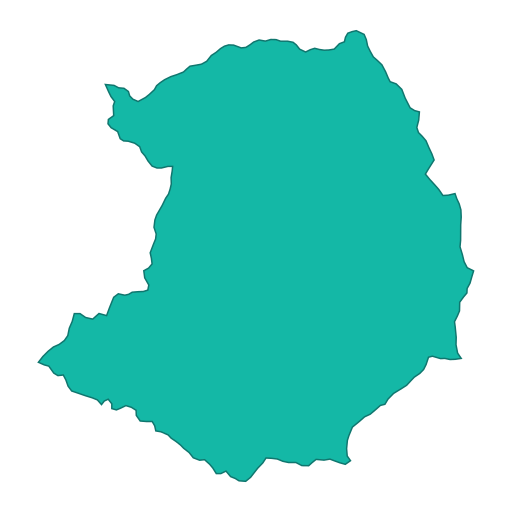 outline of Bebedouro, São Paulo, Brazil
{"feature_id": "56859067B9954918169852", "entity_name": "Bebedouro", "entity_type": "district", "adm_level": 2, "iso_a3": "BRA", "parent_name": "Brazil", "parent_adm1": "São Paulo", "projection": "albers", "projection_center": [-48.528, -20.939], "detail": "fine", "context": "isolated", "style": "filled", "palette": "teal", "viewbox_px": 512, "rotation_deg": 0, "n_neighbors": 0, "source": "geoboundaries", "source_scale": "gbopen_adm2", "svg_char_len": 3312}
<svg xmlns="http://www.w3.org/2000/svg" viewBox="0 0 512 512"><path d="M364.1,34.4L356.3,30.7L352.2,31.6L347.8,33.2L345.5,37.2L344.4,41.8L339.4,43.7L334.2,49.1L328.8,50.0L324.2,50.2L319.4,49.5L314.7,48.3L310.3,49.7L305.6,52.0L299.7,49.2L296.3,44.9L293.1,42.3L287.6,41.2L280.6,41.2L276.0,39.6L270.8,39.5L265.4,41.1L259.1,40.0L253.7,42.0L250.0,44.8L245.9,47.4L241.2,47.9L233.6,45.1L228.7,44.9L224.4,46.2L220.5,48.6L216.2,52.3L211.3,55.5L206.7,61.3L201.4,64.2L196.5,65.1L190.0,66.2L186.7,69.0L183.5,72.0L176.7,74.7L170.9,76.6L164.6,79.7L160.2,82.7L156.6,85.7L154.4,89.7L149.0,94.7L145.5,97.5L138.1,101.5L132.9,99.2L129.7,95.9L128.4,91.5L124.0,88.3L118.6,87.8L114.1,85.4L105.4,84.5L108.7,91.9L111.0,96.6L114.7,101.5L113.2,105.9L113.7,115.6L108.4,119.4L108.0,123.8L111.1,127.7L117.7,131.6L120.2,138.7L123.6,140.9L128.2,141.2L134.7,143.2L139.7,146.7L141.6,151.9L145.1,156.0L148.1,161.1L152.1,166.1L157.0,168.0L161.4,168.0L167.9,166.4L172.6,166.4L172.2,171.0L171.1,177.6L171.3,184.0L170.1,189.2L168.5,194.1L165.7,198.2L162.2,205.4L156.6,215.1L154.9,220.0L154.0,227.3L156.2,234.0L155.6,239.0L153.4,244.4L150.2,252.8L151.4,258.3L152.1,263.9L148.6,268.1L143.8,270.7L144.7,277.8L148.8,285.0L147.8,290.1L143.4,291.5L138.2,291.7L132.2,292.2L128.7,294.3L124.8,295.2L118.3,293.8L113.7,297.3L112.0,301.5L109.4,308.0L106.6,315.6L99.0,313.5L92.7,319.1L85.6,317.5L80.0,313.6L74.3,313.6L72.2,321.5L69.3,328.2L67.8,335.6L64.4,340.5L59.2,344.4L53.4,347.0L48.2,351.2L42.9,356.5L38.4,362.3L44.3,364.9L48.8,366.1L51.2,369.5L53.8,373.1L57.9,375.6L63.3,375.0L65.9,380.0L68.1,386.2L71.7,391.0L78.2,393.2L85.4,395.7L92.2,397.8L97.4,399.9L101.5,404.6L104.3,401.0L108.2,399.2L111.8,403.8L111.8,408.6L116.4,409.9L120.3,408.3L125.9,405.6L131.4,407.3L136.1,410.3L136.3,415.4L140.2,421.0L146.3,421.5L152.2,421.5L154.7,425.8L155.8,430.9L161.0,431.8L168.1,434.9L171.2,438.2L175.8,441.3L180.5,445.0L183.7,448.3L189.1,452.5L193.3,457.8L199.6,460.2L204.6,459.7L209.7,464.3L212.8,468.0L216.3,473.6L220.8,473.6L226.0,471.1L230.6,476.6L235.3,478.5L239.0,480.8L245.7,481.3L250.6,477.3L257.6,468.3L262.8,462.9L266.0,458.0L271.5,458.3L277.3,459.0L282.9,461.3L288.5,462.5L295.9,462.5L301.9,465.6L308.7,465.7L312.0,462.7L316.1,459.4L324.0,460.1L329.9,459.1L334.9,461.0L339.9,462.8L345.3,464.3L350.5,460.7L347.2,456.0L346.6,448.6L347.4,440.3L348.9,435.6L352.4,427.1L359.6,421.2L364.6,416.8L370.2,414.2L375.9,409.4L380.4,405.4L384.9,404.3L388.0,399.1L393.6,393.4L401.9,388.3L406.6,385.3L410.5,381.1L414.2,377.2L419.8,373.4L423.6,369.5L426.1,364.5L428.5,357.2L432.4,356.2L440.6,358.6L444.8,358.4L450.0,359.5L455.1,359.3L461.2,358.4L457.6,353.1L456.0,344.7L456.2,337.3L455.2,327.0L454.5,321.7L457.4,315.9L459.5,310.9L459.7,302.2L463.6,296.9L466.9,293.0L467.1,288.5L470.0,283.2L471.9,276.5L473.6,270.9L467.2,267.7L464.1,261.7L462.4,254.7L460.0,246.8L460.6,240.5L460.7,224.7L461.2,217.1L460.9,209.9L459.2,203.9L456.8,198.8L455.0,193.6L448.2,195.2L442.9,195.5L438.8,189.5L434.5,184.6L429.8,179.5L425.4,174.1L428.4,169.0L434.1,160.0L431.9,154.0L428.7,147.2L426.0,140.8L422.2,136.3L418.5,132.6L416.8,127.5L418.7,120.1L419.4,111.9L414.6,110.6L410.1,107.8L407.5,102.7L405.1,98.0L401.8,89.4L396.2,83.9L390.1,81.7L388.2,78.0L385.6,71.8L381.9,64.8L377.7,60.8L373.3,56.9L370.2,51.3L367.6,46.0L366.3,39.6L364.1,34.4Z" fill="#14b8a6" stroke="#0f766e" stroke-width="1.5"/></svg>